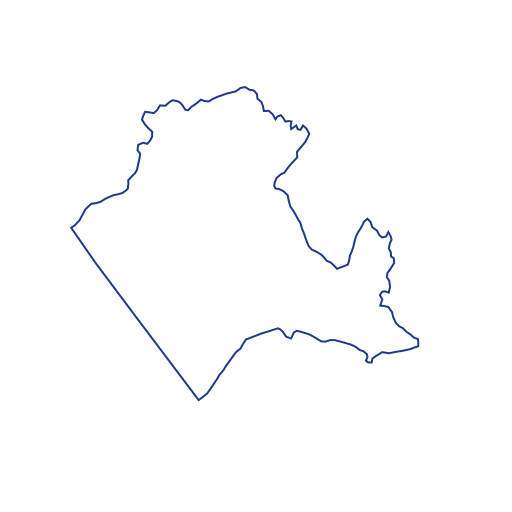 Suna West, Nyanza, Kenya, rotated 20°
{"feature_id": "3690345B37794826705018", "entity_name": "Suna West", "entity_type": "district", "adm_level": 2, "iso_a3": "KEN", "parent_name": "Kenya", "parent_adm1": "Nyanza", "projection": "natural_earth1", "projection_center": [34.385, -1.091], "detail": "fine", "context": "isolated", "style": "outline", "palette": "blue", "viewbox_px": 512, "rotation_deg": 20, "n_neighbors": 0, "source": "geoboundaries", "source_scale": "gbopen_adm2", "svg_char_len": 3034}
<svg xmlns="http://www.w3.org/2000/svg" viewBox="0 0 512 512"><g transform="rotate(20 256 256)"><path d="M436.7,278.7L432.0,278.6L428.1,276.9L423.7,275.9L418.6,273.6L414.5,273.1L410.2,271.0L405.8,266.5L403.1,262.3L397.8,258.7L394.0,259.1L389.7,260.1L389.6,253.7L385.8,250.4L386.9,246.3L389.6,245.0L393.2,245.0L392.6,239.4L389.7,233.7L386.4,231.4L385.3,227.0L386.9,221.5L388.2,215.3L386.3,211.0L383.1,210.3L381.4,206.4L378.2,203.4L377.4,197.8L377.8,194.4L375.8,191.4L372.1,188.3L371.6,193.2L368.2,195.4L364.7,194.2L361.1,190.8L355.2,189.1L352.2,184.9L347.9,182.9L345.6,187.2L345.4,191.1L344.7,195.1L343.7,199.2L343.3,203.8L343.7,209.5L344.4,214.6L344.4,219.4L344.1,223.5L345.0,227.9L345.2,232.8L341.6,235.9L340.6,236.7L337.5,239.5L336.6,240.4L332.6,238.3L328.4,236.6L324.1,236.3L320.6,234.2L317.2,232.5L312.5,231.5L306.2,230.9L302.0,228.6L298.8,225.1L295.8,221.5L293.1,218.1L289.5,214.1L286.2,209.5L283.3,207.4L279.7,204.2L275.5,200.6L271.6,198.0L268.4,193.7L265.0,188.1L259.6,185.7L254.9,185.2L251.1,185.8L249.1,183.9L248.4,180.3L248.8,175.3L251.5,170.6L254.1,168.1L255.8,162.2L257.9,156.4L261.0,149.2L258.9,144.1L260.9,138.8L263.3,131.9L263.9,127.7L264.3,123.0L259.8,119.0L255.5,117.3L254.7,122.2L251.8,122.6L249.3,119.6L247.4,122.2L245.7,124.7L244.1,121.9L243.3,117.5L240.6,118.0L237.6,119.6L234.5,117.0L231.2,115.2L228.5,117.5L227.5,120.9L223.3,117.2L218.3,115.2L213.8,117.1L211.2,112.6L208.5,109.6L203.5,107.6L201.5,103.5L198.3,101.7L196.7,101.3L192.9,102.0L188.1,101.0L184.2,103.2L180.6,108.3L176.4,111.1L172.5,113.7L168.8,116.8L165.0,119.9L161.7,123.2L158.8,126.9L154.5,128.0L150.8,128.0L147.5,133.6L144.4,137.7L142.3,142.3L140.7,142.5L139.4,142.6L135.2,139.4L132.3,137.9L130.3,137.5L128.9,137.5L126.7,137.8L124.5,138.0L122.4,140.5L121.6,141.8L119.3,145.9L114.3,147.3L113.4,151.8L113.0,153.0L111.2,156.6L107.3,157.4L102.5,158.4L102.1,162.7L102.1,165.3L102.2,166.8L106.3,170.1L111.0,172.7L116.0,174.8L117.6,179.6L116.9,184.2L115.4,187.8L111.2,188.2L107.3,191.8L108.5,197.2L112.2,199.5L113.2,204.4L113.9,210.0L114.7,215.8L114.0,219.5L111.7,224.5L110.0,228.6L111.4,231.8L112.5,236.6L111.6,238.6L108.9,242.5L105.2,245.2L101.4,247.5L97.7,250.9L94.6,254.1L91.1,258.5L87.5,261.1L83.3,263.3L81.5,266.9L79.7,270.6L78.9,276.1L77.9,282.8L75.4,288.8L72.7,292.7L107.5,317.3L165.6,355.3L251.4,411.0L254.9,405.6L257.2,401.8L258.3,397.5L259.2,394.1L261.6,384.5L262.3,380.4L264.5,374.2L265.4,369.4L270.1,353.1L273.1,348.4L273.8,343.5L275.1,337.9L288.2,326.5L293.9,322.3L297.5,319.4L301.5,316.4L303.9,316.7L306.7,317.8L308.2,318.8L312.2,321.6L317.2,321.4L317.7,315.0L320.0,312.4L323.5,311.9L328.8,311.6L331.9,311.4L334.6,311.7L336.8,312.0L342.0,313.0L346.4,313.9L350.3,312.9L354.5,309.6L358.9,308.1L367.3,307.3L372.6,307.0L375.3,306.8L378.8,307.0L381.9,307.6L385.2,308.8L389.6,308.8L393.7,310.3L395.3,312.7L395.1,316.8L397.8,317.6L401.1,316.5L400.5,312.4L402.7,309.3L407.5,303.2L414.2,301.9L420.0,298.4L424.3,296.0L428.5,293.5L432.8,290.7L436.3,287.7L439.3,285.3L438.8,283.6L436.7,278.7Z" fill="none" stroke="#1e3a8a" stroke-width="2"/></g></svg>